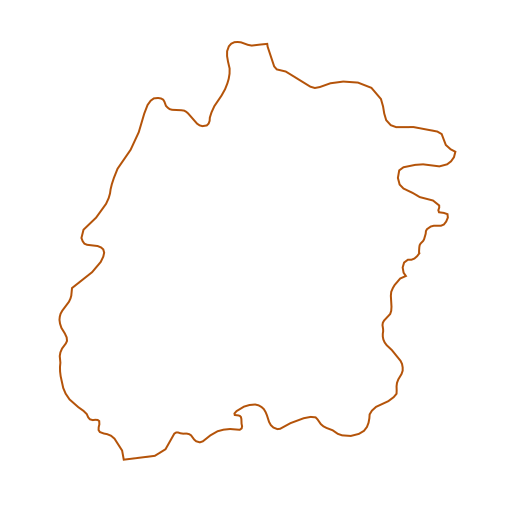 the County of Caras-Severin, rotated 184°
{"feature_id": "ROU-278", "entity_name": "Caras-Severin", "entity_type": "County", "adm_level": 1, "iso_a3": "ROU", "parent_name": "Romania", "parent_adm1": "", "projection": "orthographic", "projection_center": [21.99, 45.13], "detail": "fine", "context": "isolated", "style": "outline", "palette": "amber", "viewbox_px": 512, "rotation_deg": 184, "n_neighbors": 0, "source": "natural_earth", "source_scale": "10m", "svg_char_len": 3308}
<svg xmlns="http://www.w3.org/2000/svg" viewBox="0 0 512 512"><g transform="rotate(184 256 256)"><path d="M95.7,359.1L103.6,358.0L115.1,354.8L119.1,351.4L119.9,343.8L117.7,337.3L113.6,333.6L103.8,329.7L96.8,326.2L83.3,323.7L76.8,319.2L76.6,317.1L77.3,314.4L76.5,312.4L71.7,312.1L67.9,311.1L67.3,307.7L68.7,303.6L70.8,300.5L73.6,299.1L80.7,298.6L83.7,297.6L87.3,294.7L88.2,292.8L88.3,290.0L89.5,284.4L90.3,282.7L92.7,279.9L93.5,278.2L93.7,276.2L93.7,273.3L93.6,270.8L93.2,270.2L95.3,267.0L97.8,264.5L100.7,263.1L104.2,262.9L107.8,259.8L108.9,254.8L107.6,249.6L105.1,246.5L110.6,243.6L115.7,236.7L117.2,233.7L118.6,229.7L118.7,225.7L117.3,214.8L117.3,210.7L118.1,207.5L123.7,200.6L124.8,198.3L125.0,195.9L124.1,191.9L123.9,189.8L124.1,187.2L123.9,184.5L123.1,181.5L121.6,178.7L119.4,176.1L114.0,171.7L104.5,161.5L102.8,158.5L101.9,155.0L101.7,151.8L102.6,148.4L105.4,142.9L106.5,139.3L106.7,135.8L106.3,131.7L106.2,128.4L108.8,124.8L113.9,120.4L125.7,113.9L129.6,109.8L131.6,105.9L131.6,102.1L132.1,97.5L133.4,93.2L136.1,89.1L141.0,85.7L148.9,83.1L157.6,83.1L162.0,84.3L167.4,87.5L173.7,89.4L176.9,90.8L179.6,92.8L183.3,97.4L185.3,99.2L190.3,99.3L197.1,97.5L209.9,91.7L219.9,85.3L222.6,84.8L226.7,86.1L229.4,88.3L231.4,91.4L234.0,97.9L235.5,100.9L237.5,103.8L239.9,105.7L243.0,107.2L246.5,107.8L252.1,106.9L257.5,104.9L264.6,99.9L266.5,97.4L266.1,95.9L262.3,95.7L260.9,95.3L259.8,94.3L259.2,92.3L258.7,87.6L258.0,85.2L258.3,83.0L260.1,81.5L269.8,81.6L276.2,80.5L282.1,78.5L289.0,73.9L296.1,67.4L299.0,66.2L302.8,67.0L304.9,68.6L308.3,72.6L310.2,73.6L312.6,74.0L316.4,73.7L319.1,73.9L321.4,74.5L323.3,74.4L325.1,73.1L332.8,56.9L343.0,49.6L373.7,43.6L376.0,52.6L384.4,63.9L388.1,66.6L392.1,67.9L395.4,68.3L399.5,69.5L400.9,71.4L401.0,74.2L400.5,77.2L400.9,80.4L402.5,81.4L404.9,81.4L407.4,80.9L410.3,81.5L412.1,83.3L413.8,86.5L417.3,89.5L422.7,92.8L432.0,99.9L436.3,105.4L439.1,110.9L442.5,122.5L443.4,127.2L443.8,131.6L443.7,135.9L444.8,142.5L444.4,146.2L443.0,150.2L439.6,155.5L438.6,158.1L439.2,161.6L441.3,165.4L445.1,170.7L446.8,174.9L447.6,178.6L447.5,181.8L446.9,184.8L445.4,188.0L439.4,197.3L438.1,200.7L437.5,203.6L437.3,211.2L418.4,228.4L410.5,239.2L408.3,244.7L407.7,248.7L408.8,251.9L411.1,253.7L414.7,254.9L425.3,255.4L428.0,256.3L429.9,258.6L431.4,261.8L429.9,270.2L418.2,283.1L409.2,297.6L407.0,303.5L406.0,308.2L405.7,312.4L404.8,317.7L403.2,324.0L400.2,333.4L388.5,353.2L381.6,371.3L377.4,390.3L374.7,399.1L371.9,403.6L368.9,406.1L364.7,406.8L361.7,406.5L359.5,405.5L358.2,403.7L356.3,399.5L354.4,397.8L352.4,396.5L349.9,396.0L340.7,396.2L337.8,396.0L335.7,395.0L333.8,393.6L324.0,383.9L321.4,382.4L318.5,381.8L314.2,382.8L312.5,384.8L311.7,387.6L311.7,390.9L310.4,396.2L308.0,402.6L301.6,413.6L298.5,420.2L296.6,426.2L295.6,430.8L295.1,436.0L295.4,441.2L297.5,448.0L298.8,453.4L299.1,458.3L297.7,463.3L295.5,466.1L292.4,467.8L289.2,468.2L285.9,468.1L278.9,466.1L275.0,465.6L266.6,467.2L259.6,468.4L259.0,465.6L251.1,446.4L248.3,443.6L239.2,442.1L213.6,428.7L209.0,427.7L204.1,429.0L193.8,433.5L181.1,436.1L166.4,436.1L152.6,431.8L142.3,421.3L139.7,414.1L138.0,407.0L135.6,400.6L130.7,395.9L125.1,394.3L107.8,395.6L83.8,392.8L79.3,390.6L74.4,380.0L69.4,376.1L69.2,376.0L64.4,373.9L65.4,368.4L68.0,364.1L71.7,360.8L79.3,358.2L95.7,359.1Z" fill="none" stroke="#b45309" stroke-width="2"/></g></svg>